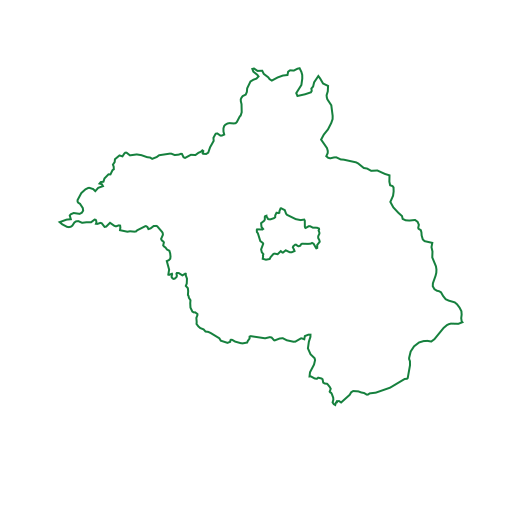 the State of Brandenburg, rotated 337°
{"feature_id": "DEU-3487", "entity_name": "Brandenburg", "entity_type": "State", "adm_level": 1, "iso_a3": "DEU", "parent_name": "Germany", "parent_adm1": "", "projection": "orthographic", "projection_center": [13.043, 52.446], "detail": "fine", "context": "isolated", "style": "outline", "palette": "green", "viewbox_px": 512, "rotation_deg": 337, "n_neighbors": 0, "source": "natural_earth", "source_scale": "10m", "svg_char_len": 6142}
<svg xmlns="http://www.w3.org/2000/svg" viewBox="0 0 512 512"><g transform="rotate(337 256 256)"><path d="M406.8,230.9L410.4,233.9L407.8,239.7L407.1,243.3L409.0,245.0L409.4,246.6L407.9,250.4L405.7,254.1L400.8,258.7L401.4,264.9L403.9,271.8L406.0,276.3L405.5,279.2L407.7,281.6L411.0,283.3L416.5,285.0L418.1,287.7L418.1,290.9L416.3,293.5L416.3,294.5L417.8,296.6L417.5,298.9L416.5,301.8L416.0,305.9L417.0,308.2L423.4,312.8L421.0,316.4L420.2,320.8L417.7,326.2L417.6,335.9L416.8,339.0L415.4,341.9L413.6,344.3L408.2,350.2L406.9,352.9L407.3,356.3L409.0,358.7L410.7,359.9L412.1,361.7L412.6,365.9L413.7,369.9L416.0,372.4L420.8,376.3L422.2,379.0L423.2,383.0L423.5,387.1L422.4,390.3L420.6,393.4L419.8,396.5L420.1,397.6L415.8,397.5L409.0,394.4L406.9,394.1L404.8,394.2L400.6,395.5L387.7,402.3L383.9,403.2L380.6,401.1L377.0,399.8L372.3,399.3L366.2,400.9L361.1,404.3L357.3,409.4L356.7,410.6L356.6,413.0L355.1,416.7L348.0,427.6L347.0,428.0L344.8,427.3L327.9,429.6L312.9,428.6L307.0,426.9L304.9,427.3L303.7,426.8L302.0,424.4L299.5,422.7L297.3,420.6L292.7,418.3L290.4,418.6L288.0,420.4L277.1,424.1L275.8,422.0L273.8,421.3L273.3,422.3L272.3,422.1L270.7,424.1L269.7,422.8L269.3,420.7L271.0,418.6L271.7,416.6L271.9,412.6L271.7,411.2L271.1,410.7L270.8,409.7L272.9,407.4L272.7,405.3L271.8,402.1L271.5,401.4L269.4,400.2L268.4,398.8L269.1,395.5L268.5,394.4L265.7,392.3L264.2,392.8L263.5,392.5L262.1,391.6L259.4,388.2L258.2,387.8L260.3,384.1L267.0,378.6L269.7,374.9L270.0,373.0L267.8,367.8L267.7,361.3L271.2,355.5L274.5,351.7L275.4,349.7L273.5,348.9L269.7,348.8L267.9,351.5L265.8,349.6L265.1,349.4L258.7,350.2L256.9,349.5L251.4,345.6L248.5,342.1L245.5,341.2L240.2,341.0L239.7,340.6L238.5,337.1L237.0,336.1L232.2,335.3L219.8,327.7L218.6,327.7L217.8,329.5L215.4,330.9L214.0,332.2L209.5,331.2L207.8,330.2L203.3,326.6L201.4,324.0L200.3,323.3L199.6,323.5L198.7,324.9L195.8,324.8L190.5,320.2L190.1,317.4L184.2,309.2L182.4,307.2L180.0,305.8L179.1,303.1L176.5,300.5L175.4,298.2L174.7,295.3L175.6,293.6L176.9,289.7L179.1,287.4L179.4,286.5L178.0,284.1L176.7,283.6L175.7,282.3L175.5,277.9L177.0,273.8L178.4,271.1L177.9,268.2L178.3,266.5L178.1,265.3L179.8,261.9L180.7,259.0L179.7,256.1L181.5,254.3L183.6,249.9L183.8,246.4L184.4,244.9L184.0,244.6L180.7,245.1L178.2,241.5L176.5,240.7L175.9,241.1L175.4,243.4L174.6,244.3L172.3,245.1L171.0,244.8L170.3,243.6L170.1,242.2L171.7,239.9L171.7,239.5L168.6,239.4L168.0,238.9L170.7,234.6L171.9,225.8L174.1,225.8L176.0,225.0L177.1,223.1L178.0,220.1L178.3,217.3L176.6,215.3L176.0,212.9L175.0,211.2L174.7,210.0L176.5,207.5L176.4,206.5L175.4,204.9L175.3,203.2L178.6,200.1L179.1,198.4L179.0,197.3L176.7,190.1L176.2,189.5L173.6,188.4L169.8,189.4L167.5,189.2L167.4,186.9L166.5,185.6L165.8,185.3L156.7,185.9L155.2,186.5L153.6,186.1L149.7,184.0L147.1,183.4L140.9,179.1L142.3,176.7L142.8,174.9L141.7,174.2L138.7,174.0L137.4,172.9L134.6,168.4L129.6,170.4L128.0,170.1L126.8,165.6L125.7,164.7L122.6,164.5L121.3,163.8L122.1,163.0L122.6,161.5L122.6,160.1L121.7,159.4L117.4,160.5L112.8,158.6L108.9,157.5L106.1,154.5L103.9,153.8L101.9,154.2L98.8,156.3L97.0,156.7L95.0,156.3L93.4,155.3L90.0,151.1L88.5,148.1L95.9,148.5L99.9,149.8L100.4,145.9L101.9,145.2L105.0,145.2L110.1,148.3L112.6,148.1L114.6,146.7L115.3,144.2L114.4,139.2L113.2,137.5L113.0,136.3L113.6,134.8L119.8,129.8L125.0,128.0L128.2,127.8L129.3,128.2L132.3,130.8L133.4,133.5L137.4,131.6L142.4,131.9L142.2,129.7L140.3,128.2L142.0,127.3L144.6,128.0L146.8,125.4L152.1,123.2L153.9,124.0L157.5,120.9L159.0,120.6L159.9,118.2L160.0,116.0L162.6,114.3L164.0,111.8L169.6,110.1L172.0,112.1L174.9,110.2L176.1,109.8L177.2,110.3L179.3,114.1L185.9,115.9L189.9,118.4L194.4,122.5L197.0,124.0L198.4,126.0L203.3,126.1L206.2,125.4L216.7,128.1L218.0,128.7L220.6,131.3L224.5,132.5L226.9,132.6L227.7,133.1L227.9,136.8L229.0,138.0L235.6,137.4L239.7,139.4L243.4,138.5L246.0,138.5L247.9,137.8L248.5,138.8L247.0,140.6L247.2,141.2L250.0,142.6L252.4,142.2L256.3,137.9L262.0,133.5L263.0,130.6L266.2,128.0L266.9,127.7L268.3,128.1L270.3,131.3L271.5,131.8L274.2,131.8L274.7,128.7L275.9,125.8L277.5,123.9L279.0,123.2L281.5,122.9L283.5,123.3L287.3,125.3L289.1,125.8L290.7,125.2L295.7,121.1L296.7,120.8L299.0,118.1L302.0,110.6L302.5,107.6L303.2,105.8L304.5,104.6L306.2,103.6L309.6,103.4L311.7,101.4L313.4,98.2L319.1,93.2L322.5,92.7L325.7,92.9L328.5,91.7L328.0,89.7L325.6,85.3L325.7,82.4L327.4,82.6L329.7,86.2L334.1,87.9L334.3,91.4L337.1,96.3L337.6,98.5L339.1,100.7L345.7,100.1L351.3,100.4L355.7,101.7L357.6,98.9L359.9,98.4L363.3,100.1L367.3,99.8L369.5,100.2L369.7,104.4L369.3,107.4L367.9,110.8L364.6,116.3L356.7,121.8L356.7,124.9L364.3,126.3L370.5,126.8L371.8,125.8L372.4,123.5L374.8,122.3L377.4,118.8L383.7,114.7L384.4,117.7L385.1,123.4L388.8,127.6L386.4,132.5L383.8,135.6L383.2,137.5L382.9,139.6L384.2,146.7L381.3,157.0L380.0,159.9L377.2,163.0L371.7,167.6L365.9,170.7L361.4,174.3L363.5,184.4L363.1,187.4L362.2,189.3L359.7,191.6L360.8,193.8L362.5,195.1L366.6,195.8L368.5,196.6L371.7,200.2L374.4,201.6L384.7,208.9L386.2,210.7L389.6,217.1L392.4,218.9L395.3,222.6L401.1,224.7L406.8,230.9ZM312.6,249.6L312.3,249.1L312.5,247.9L314.7,242.6L314.6,241.3L311.1,240.4L307.0,237.6L300.6,230.2L300.2,228.8L300.4,225.0L297.7,221.8L297.2,221.8L295.0,224.0L294.4,225.3L293.7,225.4L291.8,224.2L289.6,226.1L288.8,227.8L287.3,228.2L283.6,227.9L282.1,227.2L281.4,226.4L281.4,224.9L281.0,223.8L281.3,223.0L280.0,222.9L279.4,223.4L278.4,225.8L277.4,226.7L273.5,227.8L272.4,231.4L273.1,233.9L272.2,234.1L267.4,231.9L266.9,232.3L266.2,234.3L266.6,235.8L265.8,243.9L267.4,246.7L267.4,247.6L263.3,251.9L262.8,254.8L263.5,257.2L262.6,258.2L262.4,259.1L261.1,261.2L263.7,263.3L267.4,264.1L268.9,262.8L272.9,260.9L274.1,261.1L276.6,262.8L280.7,261.2L281.7,263.2L282.1,263.4L285.6,262.4L288.5,265.7L290.3,266.5L293.4,266.5L293.5,265.0L293.3,262.4L294.1,261.6L296.5,260.9L297.4,261.3L298.2,262.9L299.0,263.7L300.8,263.8L301.9,262.9L303.2,262.7L308.7,265.2L311.1,266.0L312.7,265.9L313.8,267.2L314.4,272.1L314.5,272.5L315.5,272.5L316.7,269.7L320.2,267.8L320.5,266.0L320.3,263.7L321.0,262.1L323.1,260.2L323.5,259.1L323.6,257.0L324.5,256.2L324.7,255.3L323.2,253.8L319.4,252.1L317.5,249.8L316.3,249.2L312.6,249.6Z" fill="none" stroke="#15803d" stroke-width="2"/></g></svg>